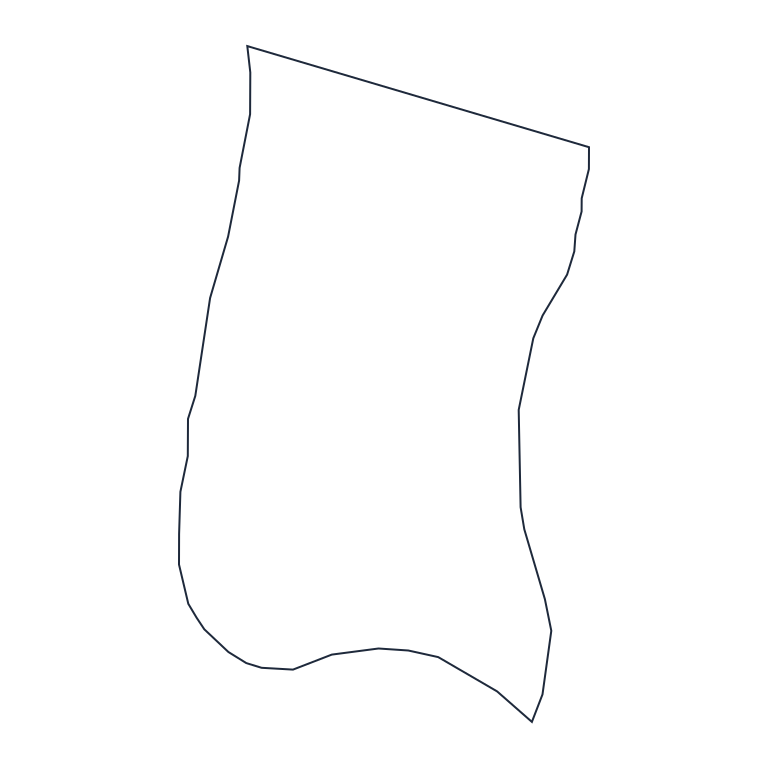 Santiago Chimaltenango, Huehuetenango, Guatemala
{"feature_id": "79465075B81878845839698", "entity_name": "Santiago Chimaltenango", "entity_type": "district", "adm_level": 2, "iso_a3": "GTM", "parent_name": "Guatemala", "parent_adm1": "Huehuetenango", "projection": "equal_earth", "projection_center": [-91.685, 15.508], "detail": "fine", "context": "isolated", "style": "outline", "palette": "slate", "viewbox_px": 768, "rotation_deg": 0, "n_neighbors": 0, "source": "geoboundaries", "source_scale": "gbopen_adm2", "svg_char_len": 629}
<svg xmlns="http://www.w3.org/2000/svg" viewBox="0 0 768 768"><path d="M531.9,721.9L542.5,694.4L551.3,630.8L544.9,599.2L524.3,529.3L520.6,507.2L518.7,409.9L533.3,338.3L542.6,315.5L567.1,274.6L574.3,251.4L575.5,234.5L581.6,211.5L581.7,198.3L588.9,169.1L589.0,147.2L247.3,46.1L250.3,72.5L250.1,114.2L239.6,167.9L239.1,180.6L228.1,236.6L210.1,298.0L195.3,395.9L188.0,418.9L187.8,456.1L180.4,491.8L179.1,533.8L179.0,564.5L188.3,603.8L196.6,617.7L204.3,629.3L228.4,652.0L246.3,663.1L261.6,667.8L293.0,669.6L331.8,654.6L378.5,648.5L408.3,650.5L438.2,657.1L497.1,691.4L531.9,721.9Z" fill="none" stroke="#1e293b" stroke-width="2"/></svg>